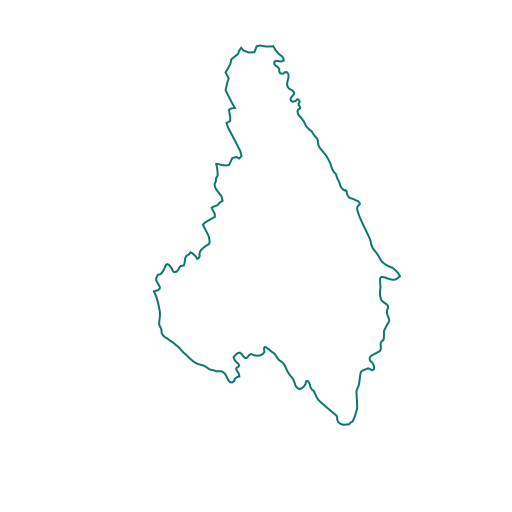 Luninets, Brest, Belarus, rotated 243°
{"feature_id": "67162791B41216407156673", "entity_name": "Luninets", "entity_type": "district", "adm_level": 2, "iso_a3": "BLR", "parent_name": "Belarus", "parent_adm1": "Brest", "projection": "robinson", "projection_center": [26.952, 52.407], "detail": "fine", "context": "isolated", "style": "outline", "palette": "teal", "viewbox_px": 512, "rotation_deg": 243, "n_neighbors": 0, "source": "geoboundaries", "source_scale": "gbopen_adm2", "svg_char_len": 5667}
<svg xmlns="http://www.w3.org/2000/svg" viewBox="0 0 512 512"><g transform="rotate(243 256 256)"><path d="M356.1,262.4L351.0,260.9L346.4,259.1L344.6,257.8L343.8,256.0L340.6,254.0L338.9,251.7L336.0,250.8L333.1,250.8L324.8,252.4L320.4,251.3L320.1,247.9L318.7,244.6L319.3,240.3L319.0,238.3L315.8,238.3L311.8,238.3L309.5,237.0L309.5,234.5L309.5,233.0L309.2,230.3L309.2,228.3L308.9,225.6L308.0,222.9L306.6,222.9L301.7,222.9L298.8,222.9L295.9,222.9L293.6,222.5L289.6,221.2L287.9,219.4L287.9,217.4L287.3,213.4L286.4,209.8L285.0,207.8L283.5,206.5L281.2,205.6L280.1,203.8L280.1,202.4L283.5,202.0L287.0,200.7L289.0,199.3L287.8,196.9L287.8,194.4L286.7,192.4L284.7,190.9L281.8,188.9L280.3,187.1L281.2,184.6L280.9,182.9L279.2,180.6L278.0,178.2L278.9,175.7L280.3,175.1L283.5,175.3L287.5,174.4L289.0,173.5L289.0,171.7L287.2,169.7L285.2,167.1L283.8,164.6L283.2,162.6L283.8,160.0L281.5,156.9L279.5,156.0L277.4,156.0L274.6,156.2L272.0,156.2L270.8,155.5L270.0,153.3L270.8,149.0L267.3,148.8L264.9,148.7L261.4,148.0L257.8,147.2L254.3,146.3L249.6,144.9L247.2,143.8L244.1,141.8L241.8,140.2L238.7,138.5L236.6,138.5L234.1,138.4L232.3,138.0L230.2,136.9L228.2,137.0L226.6,137.3L225.1,138.0L223.2,139.2L220.4,140.6L217.3,142.4L213.3,144.1L209.7,145.8L203.9,147.2L198.9,149.2L196.0,150.1L191.1,152.0L188.2,153.6L185.8,155.6L184.2,157.3L182.5,159.2L181.6,160.0L179.3,161.5L176.9,162.6L175.0,164.2L173.8,166.0L171.2,168.4L169.9,171.2L169.2,172.4L168.3,173.5L166.5,174.4L165.0,174.9L161.3,175.0L157.5,175.0L155.2,175.6L154.3,177.3L154.4,179.6L156.0,181.3L156.4,182.8L156.8,184.8L156.1,186.4L158.4,187.2L160.6,187.2L162.9,186.8L164.6,187.2L165.3,188.5L165.3,190.0L166.0,191.3L167.9,191.3L170.1,190.5L172.7,189.7L174.3,189.7L176.0,190.1L176.4,190.9L177.4,193.7L177.7,195.8L177.2,197.8L175.0,198.7L172.5,199.1L170.1,200.0L169.3,201.2L169.9,202.7L170.8,205.0L171.0,206.9L169.2,208.5L168.0,209.7L166.5,212.0L165.6,214.5L165.6,217.6L166.6,219.9L169.2,220.8L170.4,221.5L170.9,222.6L170.2,223.4L168.5,224.2L166.6,225.2L164.6,226.0L163.0,226.8L161.0,228.0L158.2,228.5L156.1,228.7L152.9,229.2L151.5,230.0L149.4,231.1L146.7,231.9L143.6,231.8L139.0,231.7L136.2,231.9L134.3,232.1L132.1,232.7L129.4,233.2L126.4,232.9L124.8,232.7L122.2,232.3L119.3,233.1L119.1,233.2L117.7,234.3L117.4,236.0L117.7,238.7L118.5,240.3L119.4,242.0L120.5,242.9L121.6,243.8L121.0,245.5L118.1,245.8L114.6,245.0L111.5,245.2L109.4,246.2L106.2,246.1L102.7,246.0L99.7,246.2L96.6,247.2L93.1,248.6L88.9,250.3L84.4,252.2L80.3,254.0L76.9,255.3L74.9,254.8L72.9,254.0L70.6,253.9L68.1,255.1L66.6,256.4L65.6,257.9L64.7,260.3L63.8,262.1L64.6,264.7L64.8,267.1L66.4,269.0L68.1,271.2L71.0,273.8L73.1,275.9L74.6,277.1L78.3,278.9L81.1,280.2L83.5,281.2L87.0,282.8L89.7,283.9L91.4,285.6L92.8,287.2L94.3,289.0L98.0,291.7L100.7,293.5L102.9,295.0L104.9,296.7L105.5,298.3L105.3,301.0L105.0,305.0L103.5,306.1L101.4,307.8L101.7,309.8L103.5,311.0L106.2,311.3L108.3,311.2L109.7,310.5L111.4,310.1L113.4,310.9L114.3,312.1L114.8,313.2L115.0,322.0L115.3,323.7L116.9,325.3L118.7,326.1L120.5,326.8L122.1,327.8L123.1,329.7L123.3,331.4L124.9,332.7L127.4,334.1L130.1,335.4L131.6,336.4L132.1,337.4L133.9,339.7L135.5,342.0L136.7,344.0L138.0,345.5L141.0,346.1L144.4,346.4L146.8,347.2L148.7,348.6L149.8,350.0L151.2,350.7L153.0,350.7L154.9,349.8L157.0,348.6L159.7,347.7L161.4,347.9L164.1,348.5L166.3,349.5L168.3,350.5L170.4,351.9L171.6,352.8L174.7,354.0L176.7,354.9L178.1,355.6L179.6,356.4L180.3,357.5L180.2,358.6L179.6,359.5L178.4,361.0L177.6,361.9L176.1,363.0L175.3,364.2L173.5,366.0L172.0,368.5L171.8,370.5L171.9,372.3L172.3,373.3L172.5,375.1L173.5,375.1L176.3,374.8L179.8,373.9L183.3,372.4L186.0,370.1L188.6,368.1L191.0,366.8L194.1,365.6L197.7,365.2L200.3,365.2L204.4,364.7L207.7,363.9L210.4,363.6L213.4,363.8L216.3,364.6L218.5,365.1L222.2,365.4L226.1,365.4L230.2,365.6L234.0,365.6L239.2,365.8L245.4,366.2L251.3,367.2L253.5,368.4L254.3,369.6L254.7,371.1L255.3,372.3L256.7,372.3L258.8,371.7L260.0,370.4L261.2,369.6L262.9,368.3L264.2,366.9L265.9,365.5L268.3,365.2L270.3,365.3L272.3,366.1L274.1,365.8L274.1,364.7L275.5,363.8L279.0,363.0L280.9,363.1L283.8,363.7L286.0,363.8L288.2,363.6L290.7,364.1L292.7,364.4L294.8,363.8L296.0,363.4L298.0,363.4L301.1,363.6L303.9,364.2L306.6,364.3L309.2,364.3L313.6,364.1L316.2,363.5L318.8,362.9L321.6,362.3L324.2,361.9L326.3,361.9L328.6,362.6L330.7,363.5L333.2,363.8L335.2,363.1L338.0,362.5L341.8,362.2L344.1,361.1L346.5,360.2L349.0,359.7L352.2,359.7L354.0,359.7L356.8,359.3L358.7,359.0L360.4,358.4L362.7,357.9L365.6,358.4L367.3,359.8L367.3,361.4L368.0,362.6L370.1,362.8L371.2,362.6L372.6,363.4L373.5,364.9L374.7,365.1L376.5,364.7L376.8,363.4L376.3,362.3L376.3,360.4L376.8,358.8L378.1,357.8L379.8,357.8L381.2,359.1L382.0,360.8L382.9,363.3L383.9,364.1L386.0,363.9L388.0,362.9L389.8,361.6L391.2,361.2L393.3,361.1L394.8,361.6L396.7,362.9L398.1,364.0L399.8,365.6L402.0,366.9L403.8,367.4L406.0,366.8L406.7,365.0L406.3,364.0L406.2,362.9L407.3,360.9L408.4,360.3L409.8,360.6L411.6,361.4L413.0,361.5L415.1,361.0L416.1,360.0L418.7,359.5L420.6,360.4L420.9,361.9L419.8,364.0L418.6,365.5L417.7,367.4L417.5,369.3L418.4,369.9L420.3,370.0L421.9,369.9L425.0,368.3L426.5,367.8L428.9,367.4L430.7,366.8L432.4,366.8L435.2,366.6L435.1,366.2L438.1,360.0L441.7,355.2L442.6,351.9L438.3,347.0L440.6,341.9L444.9,338.1L448.2,337.3L446.5,334.0L444.2,331.9L442.5,323.5L438.9,320.5L435.6,315.9L433.6,312.3L430.0,312.3L426.7,312.3L423.4,309.0L417.5,304.1L414.2,304.1L403.7,304.1L397.5,304.4L398.8,300.6L398.5,298.3L394.5,297.0L391.2,296.0L388.0,294.2L387.9,290.1L383.0,289.4L370.2,289.6L356.8,289.6L351.7,288.6L350.5,285.3L353.2,283.5L354.0,279.4L351.7,276.3L349.4,273.4L350.0,271.0L352.3,267.2L355.7,263.3L356.1,262.4Z" fill="none" stroke="#0f766e" stroke-width="2"/></g></svg>